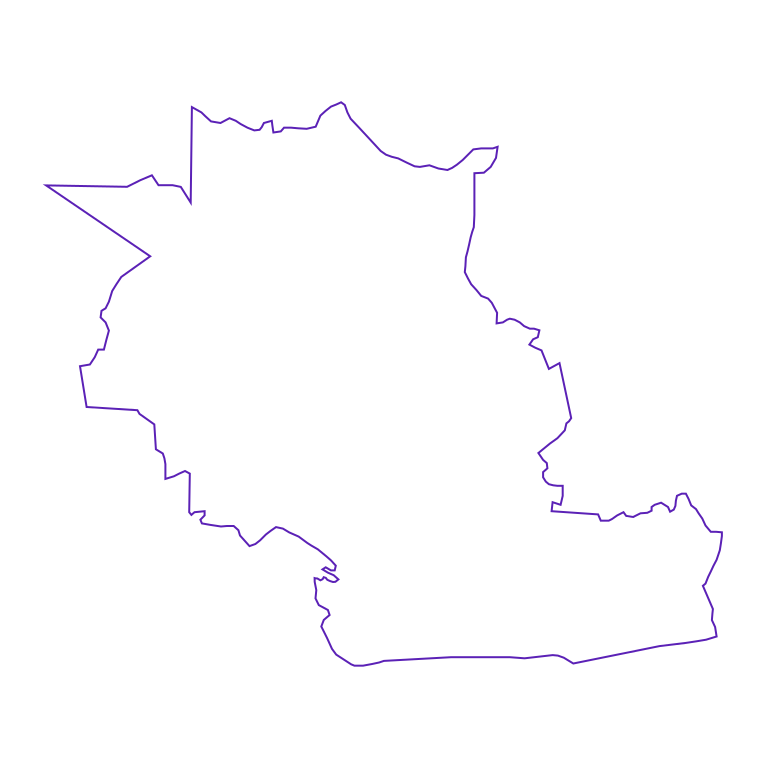 Petaling, Selangor, Malaysia
{"feature_id": "92858781B60376413639078", "entity_name": "Petaling", "entity_type": "district", "adm_level": 2, "iso_a3": "MYS", "parent_name": "Malaysia", "parent_adm1": "Selangor", "projection": "albers", "projection_center": [101.591, 3.103], "detail": "fine", "context": "isolated", "style": "outline", "palette": "violet", "viewbox_px": 768, "rotation_deg": 0, "n_neighbors": 0, "source": "geoboundaries", "source_scale": "gbopen_adm2", "svg_char_len": 3420}
<svg xmlns="http://www.w3.org/2000/svg" viewBox="0 0 768 768"><path d="M46.1,185.4L150.2,256.3L121.3,276.9L116.3,284.4L112.2,291.0L108.9,301.7L105.6,308.3L101.5,310.8L100.6,317.4L105.6,322.4L108.9,330.6L106.4,339.7L103.9,349.6L98.2,349.6L94.8,357.1L89.9,364.5L80.0,366.2L86.6,407.0L137.4,410.2L139.5,413.9L154.3,424.4L155.9,449.3L162.8,453.5L164.4,458.3L165.4,464.1L165.4,478.9L173.9,476.3L179.2,473.6L185.0,471.0L189.8,473.6L189.2,512.2L191.4,514.9L194.5,512.2L204.6,511.2L204.6,515.4L200.4,519.7L201.9,523.4L210.4,524.9L221.0,526.5L226.8,526.0L233.7,526.0L238.4,530.2L240.0,535.5L249.5,546.1L255.4,544.0L260.1,540.3L265.9,534.5L270.7,530.8L276.0,527.1L282.9,528.6L289.2,532.4L298.7,536.6L307.2,542.9L311.4,545.6L317.8,549.3L326.2,556.2L331.0,560.4L335.8,565.7L334.7,570.4L331.0,570.4L325.7,567.3L322.5,569.4L327.8,572.6L333.7,575.2L338.4,579.4L335.4,581.8L333.0,582.0L330.2,581.1L327.3,579.8L325.8,577.9L323.7,577.2L322.6,579.2L320.4,580.3L317.4,578.5L315.2,578.3L314.6,578.1L314.7,581.9L316.3,590.2L315.5,598.4L318.8,605.1L327.9,610.0L329.6,615.0L323.8,619.9L321.3,626.5L327.1,638.1L332.0,648.9L336.2,654.6L350.2,663.7L351.1,664.3L354.5,665.7L359.2,665.7L362.9,665.7L372.1,664.0L379.1,662.5L383.9,660.9L451.1,657.2L462.2,657.2L471.7,657.2L481.8,657.2L490.2,657.2L501.3,657.2L509.8,657.2L524.6,658.3L552.7,655.1L557.9,655.6L563.8,657.7L573.3,663.5L659.5,646.1L686.0,642.9L696.5,641.3L706.1,639.7L716.6,636.5L715.1,627.0L711.9,620.1L712.4,613.8L712.9,609.0L702.9,585.8L705.5,583.6L708.2,576.8L710.8,571.5L713.5,565.7L716.6,559.8L718.2,555.1L719.8,550.3L720.9,543.4L721.9,536.0L721.9,533.9L721.9,532.3L716.1,531.8L710.8,531.8L705.5,525.5L702.3,518.6L698.6,513.3L696.0,509.1L691.2,505.4L688.6,499.0L685.9,493.7L681.7,493.7L677.0,495.8L675.9,500.6L675.4,505.9L673.8,509.6L670.1,511.7L668.0,507.0L661.1,502.7L654.7,504.8L651.6,507.0L651.6,510.7L647.3,512.8L640.5,513.3L633.1,517.0L626.2,515.9L623.5,512.2L617.2,515.4L611.9,519.1L608.7,520.7L600.8,520.7L598.1,514.4L551.6,511.2L552.6,502.2L560.6,504.8L562.7,495.9L562.7,490.6L562.7,485.8L557.4,485.8L553.2,485.3L548.9,484.2L545.8,481.6L543.1,477.3L543.1,472.1L547.4,468.3L546.8,463.1L543.1,459.9L538.4,453.0L550.0,443.5L557.4,438.2L564.8,430.3L566.4,423.4L569.0,421.3L571.2,418.1L559.5,363.1L548.9,368.9L541.5,350.4L535.2,347.7L529.4,344.6L533.1,339.3L537.8,337.2L539.4,330.3L534.1,328.7L529.9,328.7L524.1,326.1L519.8,322.4L514.6,319.7L509.8,318.7L507.1,319.7L502.9,322.4L496.6,323.4L497.1,312.8L491.8,302.8L488.1,298.6L481.2,295.9L476.5,290.1L471.2,284.3L468.0,278.5L464.8,272.1L465.4,266.3L465.9,257.3L467.5,251.5L469.1,244.6L470.7,237.2L472.2,231.9L473.8,227.2L474.4,215.0L474.4,199.1L474.4,173.2L483.9,172.7L490.7,166.9L496.0,157.9L497.6,146.8L492.9,148.4L481.2,148.4L473.3,149.4L468.5,154.2L462.7,160.0L456.9,164.7L452.1,167.9L447.4,170.0L438.4,168.5L429.4,165.3L419.9,166.9L414.6,166.3L406.7,162.6L398.2,158.4L391.8,156.8L386.0,154.7L380.7,151.0L359.1,127.7L350.6,118.7L347.4,112.4L344.8,105.0L341.1,102.3L336.3,104.5L331.0,106.6L325.7,110.8L320.4,115.6L315.7,126.7L306.7,128.8L298.2,128.3L291.4,127.7L284.0,127.7L280.8,131.4L273.4,132.5L272.3,125.1L271.8,120.8L263.9,123.0L261.7,127.2L259.6,129.8L254.3,130.4L247.5,127.7L240.6,124.0L235.8,120.8L229.5,118.2L220.5,123.0L211.0,121.4L205.2,116.1L201.4,112.4L191.9,107.1L190.7,202.6L180.8,186.9L172.6,185.2L158.5,185.2L151.9,175.3L140.3,180.2L127.1,186.8L46.1,185.4Z" fill="none" stroke="#5b21b6" stroke-width="2"/></svg>